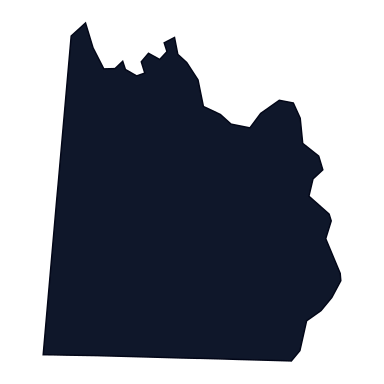 outline of Anson, North Carolina, United States of America
{"feature_id": "52423323B73600596363110", "entity_name": "Anson", "entity_type": "district", "adm_level": 2, "iso_a3": "USA", "parent_name": "United States of America", "parent_adm1": "North Carolina", "projection": "equal_earth", "projection_center": [-80.065, 35.009], "detail": "fine", "context": "isolated", "style": "filled", "palette": "ink", "viewbox_px": 384, "rotation_deg": 0, "n_neighbors": 0, "source": "geoboundaries", "source_scale": "gbopen_adm2", "svg_char_len": 835}
<svg xmlns="http://www.w3.org/2000/svg" viewBox="0 0 384 384"><path d="M71.2,36.0L58.2,183.7L56.7,199.9L43.2,354.7L53.3,354.8L66.6,355.1L97.9,355.6L100.6,355.7L145.0,356.9L162.8,357.4L183.0,358.0L183.7,358.0L196.8,358.3L199.5,358.3L218.5,358.8L228.2,359.1L237.1,359.4L245.1,359.6L290.9,360.9L291.1,361.0L291.3,361.0L299.9,350.6L306.6,320.8L321.0,310.6L331.8,297.5L340.8,280.7L340.2,273.4L325.7,238.7L331.2,220.9L329.1,214.1L308.9,196.2L313.0,178.9L322.8,169.8L318.7,156.1L302.7,143.4L300.2,118.2L293.3,103.0L279.3,100.3L260.7,113.4L249.9,127.9L231.0,124.1L220.4,114.5L203.4,106.5L198.0,79.9L186.7,62.5L177.8,54.4L174.5,37.5L164.2,42.8L167.0,51.6L159.7,59.5L148.5,53.3L141.3,61.8L144.8,73.1L136.6,75.9L125.4,69.5L122.7,61.3L115.0,68.6L103.8,68.9L93.0,47.8L85.5,23.0L71.2,36.0Z" fill="#0f172a" stroke="#020617" stroke-width="1.5"/></svg>